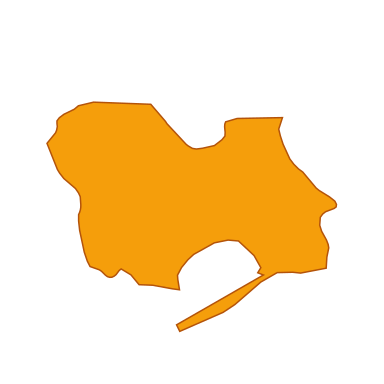 Saint Andrew, Natural Earth projection, rotated 334°
{"feature_id": "JAM-1382", "entity_name": "Saint Andrew", "entity_type": "Parish", "adm_level": 1, "iso_a3": "JAM", "parent_name": "Jamaica", "parent_adm1": "", "projection": "natural_earth1", "projection_center": [-76.765, 18.048], "detail": "fine", "context": "isolated", "style": "filled", "palette": "amber", "viewbox_px": 384, "rotation_deg": 334, "n_neighbors": 0, "source": "natural_earth", "source_scale": "10m", "svg_char_len": 1388}
<svg xmlns="http://www.w3.org/2000/svg" viewBox="0 0 384 384"><g transform="rotate(334 192 192)"><path d="M137.9,274.4L131.9,270.4L115.7,258.5L103.8,252.1L100.8,239.7L94.6,230.1L92.2,230.6L87.5,233.0L85.2,233.5L82.7,233.5L80.6,232.6L78.9,231.0L77.7,228.7L76.0,223.8L75.1,222.1L74.3,221.0L67.7,214.3L67.6,208.3L68.8,198.9L74.2,177.2L77.4,168.3L80.2,162.6L82.0,161.1L83.7,159.3L85.2,157.2L86.4,154.9L89.5,147.2L89.6,143.1L88.8,137.8L82.7,123.7L81.3,117.0L80.9,112.8L83.0,84.7L95.3,79.0L97.4,77.1L99.6,74.2L100.6,71.4L101.8,68.9L105.3,67.1L110.9,66.0L122.5,66.0L127.7,64.7L142.9,68.1L193.4,95.1L199.1,116.9L199.4,119.6L207.6,146.5L208.7,148.8L211.5,153.0L214.8,155.3L220.7,157.3L232.5,160.1L241.7,158.2L246.1,156.2L247.9,153.0L249.9,147.7L251.3,145.3L253.0,143.7L264.8,145.7L305.9,164.8L297.5,173.5L296.0,180.3L294.8,189.0L294.4,205.2L295.7,211.8L297.8,217.9L300.3,222.6L305.3,242.8L306.9,246.3L313.5,256.8L316.4,262.9L316.4,266.5L315.0,268.6L312.5,269.1L303.4,268.3L299.8,269.1L296.2,271.0L292.2,277.9L291.3,284.1L291.8,294.1L291.4,298.8L290.4,302.2L284.7,309.6L279.2,319.3L254.1,312.5L247.2,308.2L233.2,301.8L214.4,303.1L181.4,311.9L167.3,313.8L119.9,311.9L119.9,304.6L219.8,297.9L215.7,293.4L220.7,290.2L219.9,276.3L212.3,256.4L203.3,251.0L189.8,247.5L166.3,248.8L158.6,251.1L149.5,255.3L142.5,260.4L140.9,264.4L137.9,274.4Z" fill="#f59e0b" stroke="#b45309" stroke-width="1.5"/></g></svg>